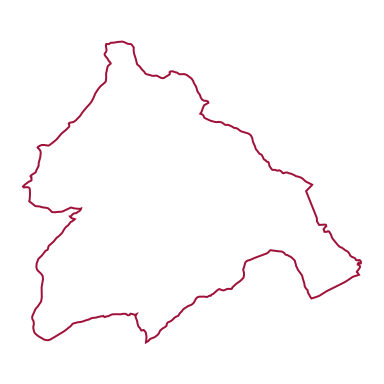 the district of Tibana, Boyacá, Colombia
{"feature_id": "7082276B18442466536693", "entity_name": "Tibana", "entity_type": "district", "adm_level": 2, "iso_a3": "COL", "parent_name": "Colombia", "parent_adm1": "Boyacá", "projection": "mercator", "projection_center": [-73.383, 5.308], "detail": "fine", "context": "isolated", "style": "outline", "palette": "rose", "viewbox_px": 384, "rotation_deg": 0, "n_neighbors": 0, "source": "geoboundaries", "source_scale": "gbopen_adm2", "svg_char_len": 5900}
<svg xmlns="http://www.w3.org/2000/svg" viewBox="0 0 384 384"><path d="M106.3,44.0L105.9,45.8L106.6,50.3L106.0,52.0L104.9,53.3L104.6,54.1L104.7,54.9L105.6,56.4L107.3,58.3L108.7,60.7L110.5,62.8L110.7,63.6L108.0,65.9L107.3,67.8L106.1,73.8L106.2,77.7L105.8,81.3L104.7,82.7L100.6,86.1L98.6,88.5L95.4,93.3L93.3,98.3L91.2,102.1L89.7,104.0L86.2,107.8L82.2,112.7L80.3,115.7L75.8,120.4L73.5,122.0L70.0,122.7L69.1,123.1L68.7,123.8L69.2,124.8L69.3,126.0L68.9,127.0L65.7,130.1L61.7,133.4L56.4,139.6L53.8,141.8L49.2,145.3L48.1,145.6L44.5,145.0L41.8,145.0L39.7,145.8L37.8,147.1L37.6,147.6L39.9,150.0L40.3,150.8L40.6,151.8L40.7,152.8L40.3,157.0L38.7,162.9L38.6,165.9L36.6,169.8L35.9,171.9L35.4,172.5L31.4,175.1L30.6,175.9L30.5,176.3L31.5,177.1L31.5,177.5L31.1,177.9L31.5,178.6L31.5,180.3L31.1,180.7L29.0,181.6L27.7,182.5L24.8,184.7L23.0,186.5L23.2,186.9L23.8,187.4L27.1,187.2L28.2,187.3L29.1,187.8L29.5,188.4L29.8,189.2L30.0,194.8L29.6,199.9L29.2,201.3L35.4,206.1L39.8,206.5L41.8,207.2L46.7,207.9L48.1,208.3L49.7,209.7L51.8,211.9L52.7,212.2L55.5,212.2L57.6,211.9L60.4,211.8L62.5,211.5L71.0,207.5L73.8,208.3L75.9,208.6L80.3,208.9L81.1,208.5L81.0,209.1L79.6,210.9L77.2,212.3L76.3,213.1L74.0,213.4L72.4,214.4L71.5,215.8L70.8,216.2L69.9,216.4L70.3,217.0L71.8,218.2L74.8,219.2L72.5,221.1L70.6,222.0L68.2,225.3L65.8,227.1L63.8,229.9L62.3,232.6L60.0,235.1L58.1,236.8L56.9,237.5L53.5,241.7L48.8,245.8L48.2,247.4L47.9,249.2L47.2,250.0L45.5,250.8L42.0,255.4L38.3,259.0L36.7,263.5L36.4,266.2L36.5,267.6L37.1,269.6L38.0,270.8L41.4,274.0L42.1,275.1L42.7,276.3L43.0,279.2L41.6,287.4L41.8,297.3L41.1,301.5L37.6,306.7L35.7,308.7L32.5,315.7L32.1,317.6L32.5,319.4L33.4,320.9L33.8,322.6L33.8,324.4L33.3,326.6L33.4,328.9L34.2,331.8L34.9,333.2L36.4,334.6L38.4,336.2L44.0,339.5L46.2,340.1L48.0,340.2L50.4,339.5L63.1,331.9L65.4,330.3L70.8,326.0L72.6,323.8L73.7,323.4L77.7,322.3L81.0,321.9L84.3,321.0L85.2,320.5L89.2,319.4L90.6,318.6L92.6,317.9L95.4,317.7L101.4,316.2L102.7,316.3L103.4,315.9L104.2,316.8L104.9,317.1L106.3,316.4L108.3,316.2L111.5,314.6L113.0,314.3L116.4,314.2L120.9,314.3L123.1,313.8L125.4,313.8L126.3,314.1L127.5,315.1L128.3,315.3L129.7,314.9L129.9,314.3L130.7,313.7L133.4,314.3L134.6,314.9L135.3,314.8L136.5,314.2L135.6,315.9L135.5,316.7L137.3,321.6L137.4,323.1L138.5,326.6L140.0,328.1L141.1,330.3L141.8,330.5L143.3,330.0L143.7,330.0L145.1,331.6L145.8,332.6L146.5,336.4L146.3,340.3L145.9,341.7L145.9,342.4L148.4,341.0L149.8,339.2L151.2,338.5L154.6,337.2L157.3,335.2L159.0,333.3L159.6,331.6L160.3,330.4L162.3,328.7L165.2,326.9L166.5,325.9L166.8,324.0L167.4,322.8L167.9,322.4L171.0,321.0L172.3,320.0L174.7,317.6L175.9,316.8L178.1,315.9L180.2,312.8L181.8,311.3L182.8,309.8L184.2,308.6L188.1,306.1L191.6,304.7L192.8,303.7L193.7,302.9L196.1,298.5L197.4,297.3L199.2,296.7L204.1,296.6L206.7,297.0L207.3,296.9L209.4,295.7L210.7,295.8L211.5,294.7L213.4,293.8L217.0,290.5L218.5,289.4L219.6,289.1L221.4,290.0L223.5,290.4L224.9,290.0L226.5,289.2L227.9,288.8L230.8,289.0L231.7,288.8L232.0,288.5L232.2,287.7L232.5,287.3L235.9,284.1L240.7,280.6L243.5,277.7L244.0,275.0L244.0,272.9L243.2,270.0L243.3,269.2L244.1,267.0L245.1,263.1L245.6,262.0L246.7,261.1L248.2,260.4L249.8,260.1L254.7,257.9L266.8,253.4L268.5,252.2L269.2,251.2L270.5,250.2L278.6,251.3L280.8,251.4L282.5,251.8L284.4,253.2L285.5,254.6L287.0,255.1L287.5,255.1L289.5,256.3L290.9,256.9L294.2,259.9L295.0,261.1L295.1,262.2L295.9,264.4L296.0,265.6L296.2,266.2L297.0,267.6L297.8,269.6L301.4,274.5L302.4,276.4L302.6,277.9L304.3,283.3L304.6,285.7L304.9,286.7L306.2,288.8L307.6,290.1L307.8,292.2L310.4,297.0L311.5,298.5L317.1,296.7L319.5,295.7L326.6,291.2L344.1,282.5L347.4,280.5L352.8,276.8L359.0,274.8L357.5,272.6L356.9,272.2L356.8,271.7L358.6,269.5L359.9,267.4L360.0,266.5L359.8,266.0L359.0,265.1L357.7,264.6L357.8,263.6L358.8,262.6L359.4,262.8L360.0,263.5L360.8,263.4L361.0,262.3L360.5,260.8L360.1,260.4L359.5,260.1L356.9,260.3L355.9,259.9L355.7,259.2L355.0,258.3L353.6,257.5L351.6,256.7L350.6,255.9L350.1,255.3L349.3,253.5L348.2,252.1L347.5,251.5L346.6,250.9L345.0,250.1L342.1,247.8L340.7,247.3L339.2,246.5L337.3,244.4L332.8,238.9L331.8,237.1L331.1,234.9L330.2,233.2L329.6,232.6L329.4,231.9L328.8,231.4L328.0,231.2L326.5,231.9L325.0,231.9L324.3,231.7L324.3,230.7L323.6,229.6L323.6,229.2L325.5,226.8L326.3,226.2L325.9,224.9L325.3,224.6L319.1,224.9L317.0,221.4L316.8,217.9L306.1,191.1L312.0,185.1L312.2,184.7L306.3,181.8L305.0,180.9L302.7,178.7L301.0,177.6L298.1,176.6L295.8,176.1L294.8,175.4L290.9,173.6L289.3,173.4L287.1,172.5L286.5,172.5L284.9,172.7L283.5,173.3L282.6,173.0L281.8,171.8L279.9,170.5L279.0,170.3L277.4,170.7L276.4,170.4L275.3,169.9L272.7,169.9L271.8,169.4L269.6,166.3L268.7,162.8L268.4,162.1L266.5,161.5L265.7,160.4L264.1,159.5L263.5,158.6L262.7,156.7L261.8,155.0L261.1,154.5L259.3,153.6L257.5,151.1L255.9,149.2L254.7,145.6L253.0,142.0L252.2,137.9L250.8,135.3L249.3,134.1L248.5,133.6L246.4,132.9L241.3,131.4L239.8,130.5L237.6,128.7L236.1,128.1L234.1,127.9L232.1,126.6L228.7,125.0L227.5,124.8L226.1,125.0L225.4,124.8L224.8,124.6L222.4,122.8L221.2,122.3L219.6,121.9L215.6,122.1L210.4,120.7L205.7,118.5L204.4,117.7L203.9,116.9L203.8,116.3L203.2,115.4L202.8,114.9L202.2,114.4L200.3,113.7L201.4,112.1L203.4,106.7L204.2,105.2L208.4,102.8L208.3,102.4L207.9,101.5L207.1,101.1L205.9,100.8L203.7,100.6L201.9,99.4L200.6,97.1L199.9,94.9L197.7,91.8L197.1,90.3L196.6,88.2L195.8,86.2L193.7,82.7L193.2,81.0L192.6,80.1L191.4,78.4L186.8,75.0L184.7,74.2L183.8,74.1L179.9,74.3L178.5,73.7L177.0,72.6L175.1,72.2L173.9,71.7L172.5,71.3L170.7,71.4L169.7,72.0L169.6,72.5L169.9,73.8L169.2,74.7L163.8,78.0L162.8,78.2L160.8,77.8L157.3,75.9L155.6,75.6L153.7,75.9L151.9,75.7L148.9,74.7L147.3,74.5L145.3,73.5L144.3,71.8L142.8,70.4L140.7,68.0L140.6,67.6L139.8,66.6L137.3,64.5L136.8,63.2L136.0,59.6L134.0,53.3L133.6,49.9L133.8,47.6L131.6,44.5L130.6,44.1L127.5,43.7L124.4,42.2L122.2,41.6L118.4,41.9L113.5,42.7L110.8,42.8L108.9,44.1L106.3,44.0Z" fill="none" stroke="#9f1239" stroke-width="2"/></svg>